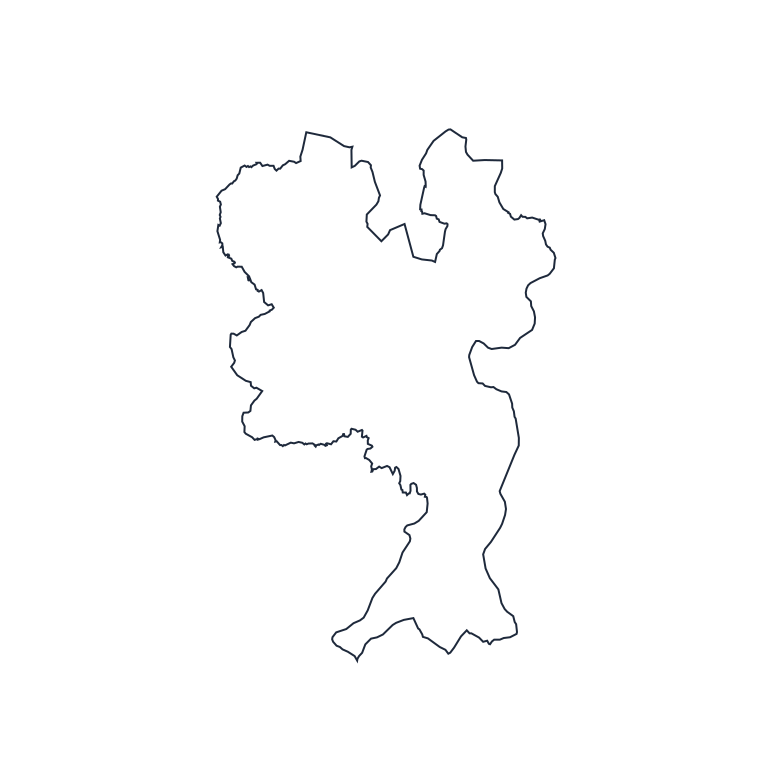 outline of Bale, Balé, Burkina Faso, rotated 29°
{"feature_id": "67063806B68807156447803", "entity_name": "Bale", "entity_type": "district", "adm_level": 2, "iso_a3": "BFA", "parent_name": "Burkina Faso", "parent_adm1": "Balé", "projection": "equal_earth", "projection_center": [-3.151, 11.673], "detail": "fine", "context": "isolated", "style": "outline", "palette": "slate", "viewbox_px": 768, "rotation_deg": 29, "n_neighbors": 0, "source": "geoboundaries", "source_scale": "gbopen_adm2", "svg_char_len": 6165}
<svg xmlns="http://www.w3.org/2000/svg" viewBox="0 0 768 768"><g transform="rotate(29 384 384)"><path d="M444.7,163.1L441.4,166.5L441.0,166.1L441.5,165.0L440.6,164.5L439.4,165.4L432.9,166.6L428.9,169.7L426.6,169.3L424.1,170.6L422.1,169.9L421.9,173.2L421.2,174.8L418.3,177.0L413.8,176.1L411.8,174.1L409.6,174.1L409.6,173.4L403.5,173.1L396.9,169.2L392.7,165.1L389.4,163.9L387.9,162.5L385.0,157.2L383.8,142.8L382.9,138.2L378.9,131.2L363.5,139.3L353.7,145.5L345.8,142.9L343.2,141.3L340.1,136.8L337.5,130.4L336.4,129.1L332.8,130.3L318.7,129.1L317.1,130.2L315.4,133.2L309.5,147.3L308.4,158.2L309.0,161.9L308.5,169.5L309.3,175.8L311.2,178.2L313.2,177.6L315.2,178.1L317.3,181.9L322.2,186.8L324.5,190.6L324.8,191.3L323.6,191.3L323.9,192.8L328.9,209.6L330.9,213.7L332.2,213.2L332.8,214.7L333.6,214.6L335.0,216.5L336.7,215.0L342.9,213.7L346.8,211.7L348.1,211.8L350.0,213.8L352.0,213.5L354.0,215.3L359.1,214.5L360.9,213.1L362.1,213.4L362.9,215.2L362.8,218.7L363.5,221.3L368.4,234.1L368.9,237.1L367.8,239.5L368.1,240.8L367.2,244.7L369.5,252.5L366.0,252.8L356.7,256.7L348.0,258.5L324.4,234.1L314.7,246.5L315.1,251.2L312.5,260.4L293.2,254.7L292.0,251.9L289.9,250.5L286.8,244.1L290.4,230.8L290.5,226.9L289.3,223.6L289.1,221.0L278.0,211.6L271.1,204.1L267.4,201.1L266.5,199.0L262.4,197.6L256.1,199.6L254.5,201.3L252.7,207.4L250.7,210.2L242.0,195.0L241.3,191.8L239.1,193.7L233.7,195.3L217.5,194.3L194.0,201.5L199.2,218.6L200.6,225.7L203.0,229.4L200.0,233.4L197.6,233.2L192.8,234.8L191.0,239.7L189.5,241.8L188.8,246.0L187.4,246.7L186.5,249.5L184.2,248.9L181.6,246.7L178.2,248.6L175.8,248.6L172.0,252.3L168.4,250.5L165.3,252.3L166.0,252.7L165.9,253.6L163.6,256.4L162.9,258.6L161.8,258.4L160.8,259.7L159.3,259.3L158.5,260.8L156.2,260.5L153.8,264.2L155.4,270.1L154.8,272.4L155.6,275.8L155.3,278.2L154.5,279.3L154.0,282.3L153.0,282.7L152.2,284.3L150.6,290.6L148.2,293.7L146.9,301.3L149.2,302.7L149.8,304.1L152.3,304.0L154.3,306.1L154.5,308.5L157.9,312.9L158.4,315.8L160.0,317.1L160.2,318.8L163.3,322.4L163.5,325.2L162.0,325.2L164.2,331.1L170.8,337.4L171.7,339.7L172.3,339.1L174.4,339.4L175.3,340.8L175.3,343.4L176.5,342.2L179.6,346.7L183.1,348.5L184.4,346.4L185.5,346.1L186.4,347.0L185.7,348.0L186.0,348.9L189.7,348.4L191.6,349.9L193.9,349.6L194.8,350.2L194.7,350.9L193.4,352.6L195.7,353.6L198.2,353.6L199.0,352.4L202.7,350.4L207.7,353.5L214.0,355.3L214.5,356.1L213.1,356.7L215.1,359.0L215.7,358.9L216.1,357.1L218.6,359.3L222.6,359.8L226.2,363.2L227.8,362.9L228.3,363.8L229.8,363.8L231.4,361.2L234.2,363.0L239.4,370.4L244.5,371.4L247.1,368.7L250.6,370.7L249.9,373.4L248.4,375.2L248.8,375.9L245.7,380.6L242.6,383.3L241.9,385.8L239.3,388.9L237.5,394.3L237.9,397.6L237.0,404.6L234.3,407.5L231.7,412.9L228.1,412.9L226.1,413.9L226.0,415.2L231.3,426.3L233.8,427.4L239.3,433.7L242.2,435.7L242.7,438.1L242.0,443.0L251.4,447.5L261.6,448.2L266.5,447.0L268.5,450.0L272.6,450.7L274.2,449.1L280.9,449.2L279.8,458.6L278.7,461.4L278.0,467.2L280.2,472.3L279.1,474.7L275.1,477.2L275.7,480.9L278.2,485.6L282.6,488.5L285.2,493.7L287.2,494.5L294.5,494.5L297.9,495.6L299.3,494.1L300.4,494.0L300.0,493.0L301.8,492.7L304.6,489.0L311.3,483.2L313.7,483.7L316.4,485.7L316.8,487.1L317.9,486.1L322.7,487.8L324.0,487.1L325.6,487.4L326.1,485.8L327.2,485.7L330.9,480.5L334.1,479.5L337.4,476.1L341.1,475.0L343.6,475.5L344.2,474.1L345.6,474.2L346.8,472.7L350.3,470.6L353.2,470.8L353.2,471.5L354.6,471.9L354.5,470.5L356.0,468.7L356.7,468.8L357.6,467.0L361.4,466.1L362.7,466.5L363.7,465.3L362.3,464.2L362.8,463.5L366.9,462.4L367.5,458.6L370.2,457.4L370.4,453.6L373.0,449.4L372.6,447.6L373.3,447.2L374.8,448.9L378.0,447.8L379.0,443.7L377.1,440.0L377.3,438.9L381.3,437.8L384.1,438.5L387.0,434.9L387.8,435.2L390.2,440.8L391.6,440.9L393.8,437.9L394.7,438.8L396.8,438.8L397.2,441.3L398.9,444.2L403.3,443.8L404.3,444.5L403.4,447.0L401.1,448.8L400.7,449.9L402.0,456.8L403.3,458.1L404.2,457.5L407.9,457.6L412.2,459.3L412.7,462.2L414.9,464.7L415.5,466.8L416.2,466.2L415.9,463.7L418.2,462.3L419.8,458.6L422.7,458.7L426.4,454.2L429.2,454.1L435.4,458.5L435.4,454.7L434.3,451.8L435.1,450.6L437.9,451.3L443.0,456.4L445.3,461.1L445.4,463.4L447.4,464.5L450.4,467.9L451.5,467.8L453.0,469.8L455.8,468.3L458.0,470.0L458.7,467.7L459.5,467.2L459.0,464.6L456.0,459.4L456.3,458.1L457.9,456.3L460.9,456.6L463.2,459.0L464.9,462.0L467.4,463.5L469.9,462.8L472.3,460.4L473.8,460.8L474.4,462.8L476.0,462.2L476.8,462.7L480.1,467.4L483.5,475.4L480.7,486.9L478.2,491.3L472.9,496.4L472.2,498.6L472.3,501.3L473.4,503.2L479.5,503.8L482.0,506.4L482.9,509.1L481.9,522.4L483.8,532.5L484.0,539.1L480.9,552.7L481.2,556.0L477.9,571.7L477.6,576.7L479.5,589.9L479.5,598.2L477.6,602.4L473.3,608.0L469.8,616.6L462.6,624.4L461.7,630.4L462.4,632.4L464.4,634.1L469.4,635.9L472.9,635.4L476.4,636.2L482.2,635.7L490.2,636.2L494.6,638.9L494.0,637.2L494.1,634.0L495.2,629.7L493.9,620.8L496.1,613.0L500.7,609.0L504.5,603.6L508.4,590.6L510.4,587.0L515.7,580.7L523.2,574.5L532.4,581.3L533.9,581.4L538.9,584.5L540.6,586.3L545.7,585.2L560.3,587.0L566.6,586.7L571.0,588.7L572.2,586.9L573.1,580.6L573.7,567.4L575.8,559.3L579.7,560.6L581.3,559.7L590.1,559.7L595.7,561.4L598.7,558.5L601.7,560.4L602.9,560.2L603.2,556.9L604.3,554.2L609.3,551.4L611.9,548.1L617.0,544.4L621.1,538.3L620.6,536.5L616.0,530.0L613.7,528.8L609.6,524.4L602.2,523.5L598.6,522.3L593.0,518.7L583.6,508.2L570.7,502.5L562.3,496.1L553.3,484.9L552.4,479.3L554.1,470.2L555.3,453.5L555.1,449.1L553.4,439.9L551.3,434.2L546.8,428.4L539.0,423.6L537.1,421.6L532.4,382.6L531.7,372.5L528.1,365.8L515.9,350.4L514.1,349.4L510.8,344.9L507.6,342.4L505.6,339.1L498.4,332.5L494.9,331.7L490.4,333.5L484.8,334.1L481.2,333.6L479.2,335.0L473.3,336.7L470.0,335.7L466.2,337.5L464.2,336.9L458.5,332.6L445.4,319.3L444.5,317.3L443.2,308.9L443.6,301.8L446.3,300.3L451.5,300.2L457.4,301.8L461.2,301.2L469.2,295.2L475.7,292.2L479.6,286.2L480.7,277.7L487.3,264.9L486.5,258.1L483.8,252.5L479.9,247.8L475.0,244.5L472.4,240.5L466.3,238.8L463.7,235.4L462.4,231.5L462.2,227.8L463.2,224.7L468.9,216.0L474.5,209.7L475.5,207.3L476.5,200.4L473.1,192.4L472.9,190.7L468.9,186.9L464.6,185.8L462.9,184.4L460.5,184.6L458.0,183.4L455.6,180.6L451.5,177.5L449.8,175.3L449.5,170.5L447.8,165.9L444.7,163.1Z" fill="none" stroke="#1e293b" stroke-width="2"/></g></svg>